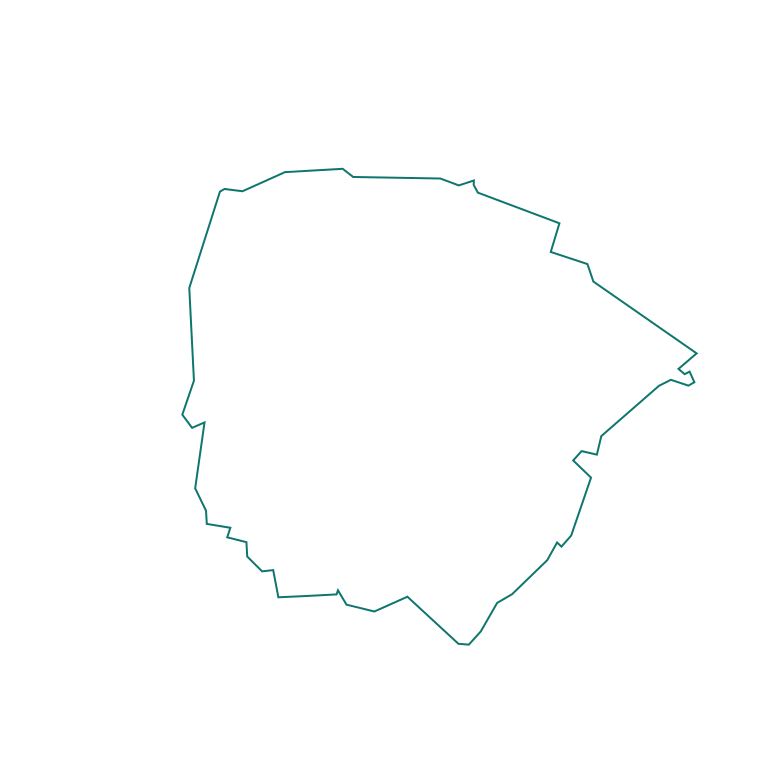 Cumberland, Tennessee, United States of America (Equal Earth projection), rotated 217°
{"feature_id": "52423323B38317111384008", "entity_name": "Cumberland", "entity_type": "district", "adm_level": 2, "iso_a3": "USA", "parent_name": "United States of America", "parent_adm1": "Tennessee", "projection": "equal_earth", "projection_center": [-85.048, 35.958], "detail": "fine", "context": "isolated", "style": "outline", "palette": "teal", "viewbox_px": 768, "rotation_deg": 217, "n_neighbors": 0, "source": "geoboundaries", "source_scale": "gbopen_adm2", "svg_char_len": 886}
<svg xmlns="http://www.w3.org/2000/svg" viewBox="0 0 768 768"><g transform="rotate(217 384 384)"><path d="M441.3,165.6L420.2,176.7L416.9,167.2L398.7,174.9L389.4,163.9L368.6,161.0L360.5,168.7L340.0,150.1L317.4,168.8L295.3,187.4L296.6,191.5L281.1,185.2L254.8,196.5L237.3,228.2L168.2,221.3L159.4,226.9L157.8,244.7L161.9,277.3L155.2,293.2L147.6,341.6L150.4,361.6L144.4,360.9L143.3,375.6L162.3,433.8L186.9,436.8L185.8,449.3L171.5,455.7L179.1,473.2L163.3,548.1L157.4,560.0L139.9,565.9L137.2,572.2L147.4,577.8L149.8,572.8L157.9,573.3L153.1,595.1L152.7,596.6L278.4,591.8L293.7,602.2L330.3,589.8L340.6,617.9L424.2,593.3L432.2,597.0L434.7,600.6L443.8,587.6L462.7,582.0L533.2,530.8L546.5,531.0L590.6,493.6L613.0,452.8L628.8,443.7L630.8,438.9L597.3,343.5L537.8,272.3L526.6,238.1L510.9,233.5L504.2,245.3L472.0,187.0L449.9,175.7L441.3,165.6Z" fill="none" stroke="#0f766e" stroke-width="2"/></g></svg>